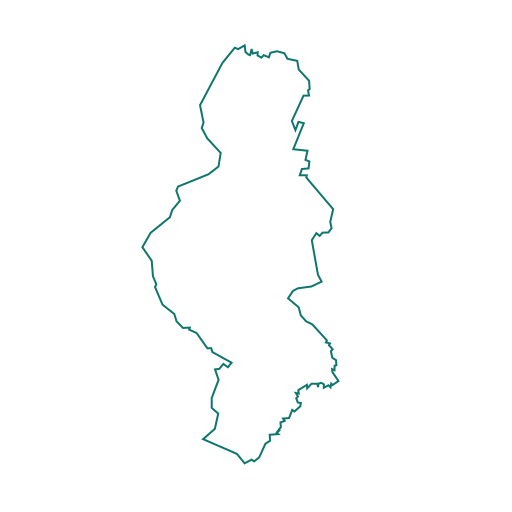 the district of Concordia, Entre Ríos, Argentina, rotated 195°
{"feature_id": "61730980B23463184159568", "entity_name": "Concordia", "entity_type": "district", "adm_level": 2, "iso_a3": "ARG", "parent_name": "Argentina", "parent_adm1": "Entre Ríos", "projection": "equal_earth", "projection_center": [-58.296, -31.285], "detail": "medium", "context": "isolated", "style": "outline", "palette": "teal", "viewbox_px": 512, "rotation_deg": 195, "n_neighbors": 0, "source": "geoboundaries", "source_scale": "gbopen_adm2", "svg_char_len": 1949}
<svg xmlns="http://www.w3.org/2000/svg" viewBox="0 0 512 512"><g transform="rotate(195 256 256)"><path d="M368.0,235.1L355.5,224.4L350.3,209.8L345.0,202.9L345.5,199.9L333.7,184.8L319.9,178.8L315.8,172.3L307.9,167.6L301.4,169.7L301.5,167.6L293.4,166.2L279.0,154.2L275.4,155.4L273.2,151.9L252.0,146.6L254.4,141.3L259.6,143.3L262.3,137.4L266.2,135.9L260.1,126.7L262.0,107.3L259.5,97.9L251.7,94.0L251.0,78.4L259.7,65.4L223.2,59.9L213.3,52.8L207.5,58.2L204.7,57.1L200.8,62.3L198.3,77.1L194.6,81.2L196.5,86.9L188.4,89.7L190.2,90.5L187.7,94.5L189.2,93.6L187.7,97.2L189.3,101.6L185.6,104.1L187.8,106.0L182.1,108.0L181.2,116.7L178.7,115.7L174.3,122.3L174.6,125.6L177.7,125.3L180.3,128.9L179.1,131.2L182.1,134.0L179.1,134.2L180.4,137.4L173.5,144.7L172.3,141.4L169.3,147.0L163.8,148.5L162.0,145.4L162.7,148.7L160.3,150.4L157.2,149.6L156.4,146.3L152.5,149.9L150.0,148.4L150.3,152.2L148.6,151.2L144.0,156.6L152.1,163.6L153.2,166.4L150.6,166.0L151.7,170.4L150.1,171.3L151.7,176.1L155.9,177.4L159.0,183.4L157.8,185.8L162.5,188.7L161.9,190.7L166.1,190.6L165.7,192.8L183.8,204.5L190.7,205.9L197.3,210.2L201.5,217.5L214.1,223.4L211.3,231.8L207.2,235.6L194.6,240.9L186.0,248.2L191.3,253.9L206.2,285.7L203.6,293.7L199.7,291.9L197.8,295.8L192.2,297.4L190.2,302.4L193.1,308.1L193.6,321.2L227.7,344.8L227.8,347.1L234.6,345.3L234.2,351.9L227.9,354.2L228.9,361.1L233.1,361.7L233.5,371.0L247.6,368.8L244.2,396.7L249.7,396.5L250.5,387.8L256.3,395.7L251.6,423.2L246.3,424.7L248.6,429.4L247.4,431.2L250.1,439.0L263.0,447.2L266.7,455.2L276.6,454.6L281.1,459.2L288.7,459.2L294.7,456.0L295.0,451.2L300.5,452.0L302.1,449.0L306.4,450.1L307.1,453.2L311.6,450.7L313.8,454.8L313.7,448.5L315.4,448.6L318.9,450.2L321.5,456.5L326.8,451.2L330.4,451.7L338.4,433.8L349.1,387.2L341.2,371.3L341.5,365.5L333.5,357.0L316.8,346.4L315.4,332.7L323.0,322.7L349.3,302.9L349.9,298.4L343.8,289.7L348.8,278.8L349.2,271.2L363.8,251.1L368.0,235.1Z" fill="none" stroke="#0f766e" stroke-width="2"/></g></svg>